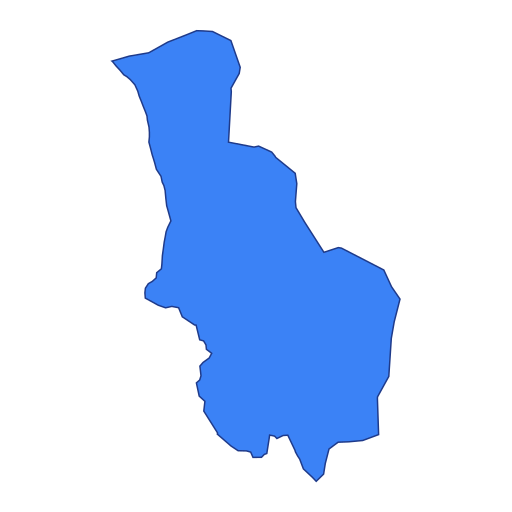 outline of Umuahia North, Abia, Nigeria
{"feature_id": "59680162B14302921886514", "entity_name": "Umuahia North", "entity_type": "district", "adm_level": 2, "iso_a3": "NGA", "parent_name": "Nigeria", "parent_adm1": "Abia", "projection": "equal_earth", "projection_center": [7.466, 5.592], "detail": "fine", "context": "isolated", "style": "filled", "palette": "blue", "viewbox_px": 512, "rotation_deg": 0, "n_neighbors": 0, "source": "geoboundaries", "source_scale": "gbopen_adm2", "svg_char_len": 1837}
<svg xmlns="http://www.w3.org/2000/svg" viewBox="0 0 512 512"><path d="M316.2,481.3L323.6,474.1L325.3,463.4L329.0,449.0L338.1,442.2L348.7,441.8L362.7,440.5L378.6,434.6L377.4,398.4L377.5,396.9L388.8,376.4L391.3,338.4L394.2,321.8L400.0,299.1L391.5,286.7L383.8,270.0L341.4,248.1L338.3,247.6L323.9,252.3L304.8,222.4L296.0,207.7L295.4,201.6L296.8,183.7L295.2,173.3L275.7,157.4L274.9,156.0L271.7,152.1L258.6,146.1L254.9,146.9L254.1,147.1L228.5,142.2L231.3,91.7L231.0,88.2L239.2,73.5L240.2,67.3L230.9,40.6L212.5,31.5L203.1,30.9L196.6,30.7L187.0,34.6L167.8,42.1L148.7,52.8L129.3,56.1L112.0,61.1L112.4,61.4L116.2,66.1L120.0,70.2L123.8,74.8L126.8,76.6L130.2,79.5L134.9,84.8L137.8,91.2L139.1,95.8L140.0,98.1L141.2,101.0L143.2,106.2L145.3,111.4L146.6,114.9L147.0,116.1L147.4,120.1L149.0,127.1L149.4,132.3L149.4,136.9L148.9,142.1L150.6,148.5L152.2,154.8L153.5,158.9L154.7,162.9L156.4,169.3L161.0,176.3L162.2,182.1L163.9,185.6L165.2,190.8L165.2,191.5L165.9,198.9L166.2,201.5L166.7,205.8L167.2,207.5L168.1,210.7L170.9,220.9L167.8,227.2L166.1,231.8L165.2,237.0L164.2,242.2L163.3,249.1L162.4,255.5L161.9,264.1L161.4,268.7L161.4,268.8L156.7,272.7L156.2,277.9L155.4,278.6L152.3,281.4L148.4,283.6L145.4,288.2L144.9,292.9L145.3,298.1L158.2,305.2L165.6,307.8L171.8,306.4L178.6,307.7L182.3,316.8L194.6,325.0L196.1,325.1L199.7,339.8L203.6,340.9L206.0,345.0L206.4,349.3L211.7,353.3L209.2,358.0L204.9,361.1L203.0,362.5L199.9,366.1L201.0,375.8L199.7,380.0L196.4,382.9L199.2,396.1L204.9,401.3L203.8,411.1L217.6,433.0L217.3,434.1L231.0,446.0L238.1,450.7L246.5,450.9L250.7,452.1L253.0,457.4L261.5,457.3L264.3,454.4L266.8,453.5L269.3,437.5L269.6,435.1L272.8,435.7L274.0,436.0L274.7,436.2L276.9,438.5L283.1,435.5L287.8,435.2L295.0,450.3L295.4,451.8L297.6,455.9L299.7,459.1L303.4,468.9L312.4,477.3L316.2,481.3Z" fill="#3b82f6" stroke="#1e3a8a" stroke-width="1.5"/></svg>